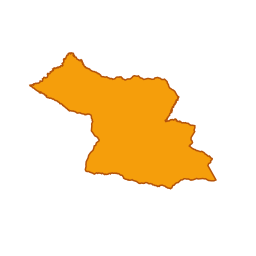 outline of Ribas do Rio Pardo, Mato Grosso do Sul, Brazil, rotated 138°
{"feature_id": "56859067B15535908000846", "entity_name": "Ribas do Rio Pardo", "entity_type": "district", "adm_level": 2, "iso_a3": "BRA", "parent_name": "Brazil", "parent_adm1": "Mato Grosso do Sul", "projection": "albers", "projection_center": [-53.536, -20.581], "detail": "fine", "context": "isolated", "style": "filled", "palette": "amber", "viewbox_px": 256, "rotation_deg": 138, "n_neighbors": 0, "source": "geoboundaries", "source_scale": "gbopen_adm2", "svg_char_len": 5878}
<svg xmlns="http://www.w3.org/2000/svg" viewBox="0 0 256 256"><g transform="rotate(138 128 128)"><path d="M135.6,54.2L133.1,55.3L131.8,54.6L129.9,55.0L128.4,54.7L127.3,53.9L123.5,54.0L122.1,53.0L120.3,52.8L119.1,51.6L118.5,50.7L117.2,49.7L116.1,47.0L115.4,46.9L114.7,46.1L110.7,44.5L110.0,43.2L106.2,40.4L105.2,39.0L104.4,38.5L103.3,35.2L101.3,32.9L99.5,31.3L97.4,30.6L93.8,46.6L91.9,47.6L90.1,47.1L89.3,47.3L88.5,48.4L86.7,48.3L85.9,49.0L86.6,50.9L86.3,51.3L86.3,52.7L86.8,52.9L87.4,53.8L87.5,55.8L88.1,57.1L87.9,57.7L88.0,59.0L88.8,61.3L90.0,61.9L91.9,65.3L92.3,65.5L92.6,67.2L93.5,68.3L93.4,68.7L93.8,69.5L94.5,73.6L93.4,73.6L93.3,73.9L91.0,73.7L89.8,74.0L89.0,75.8L89.1,77.0L87.5,78.7L80.8,80.7L80.4,82.2L78.1,83.5L76.8,85.0L78.6,87.3L79.5,87.9L80.1,90.1L80.0,90.7L80.2,91.3L81.4,92.4L81.6,93.4L82.5,93.8L83.0,94.7L83.7,95.0L84.7,96.2L84.6,97.2L85.2,98.0L84.9,98.3L85.1,98.6L85.8,98.4L86.2,99.4L86.9,99.8L87.0,100.3L86.7,100.7L87.1,101.1L86.5,101.8L86.6,102.6L87.2,102.8L87.0,103.1L87.3,103.3L88.8,103.4L89.5,104.8L90.1,104.9L90.7,105.6L93.0,105.8L93.6,106.8L94.5,106.8L95.2,107.3L95.1,107.8L95.6,107.8L95.4,108.6L95.0,108.8L94.1,108.4L93.1,108.8L93.2,108.5L92.9,108.4L92.0,109.1L91.3,109.1L90.5,109.6L88.5,109.6L88.1,110.3L87.1,110.8L86.4,110.5L85.3,111.2L85.0,110.7L84.7,111.1L84.8,112.0L83.8,112.2L83.8,111.7L83.4,111.8L83.6,111.4L83.1,111.7L83.3,112.5L82.7,112.4L82.3,112.9L82.3,113.2L81.4,113.4L80.7,113.1L80.4,113.1L80.5,113.8L78.9,113.7L78.5,114.5L77.8,114.5L77.3,114.1L76.8,114.8L75.4,114.6L75.2,114.8L75.7,115.2L75.4,115.5L74.6,115.2L74.0,116.1L73.3,116.4L72.9,115.8L72.7,116.0L72.1,115.5L71.5,116.4L71.1,116.4L71.0,116.7L70.7,116.6L70.2,116.9L70.2,117.2L69.7,117.0L69.5,117.3L69.8,117.5L69.7,119.8L68.7,123.9L69.0,126.0L69.6,127.1L69.9,129.0L70.3,129.8L69.8,131.8L68.9,133.3L68.7,135.2L68.2,135.6L67.9,136.5L68.2,139.9L69.1,140.2L70.5,141.5L70.9,143.8L71.5,144.3L72.1,145.7L74.6,147.2L75.9,146.9L76.4,147.2L77.8,148.3L78.2,149.2L80.0,151.5L83.8,153.5L84.3,155.6L85.3,157.0L85.4,159.8L86.6,160.3L88.4,162.7L90.0,163.1L91.0,162.8L93.6,163.0L95.6,164.8L97.8,165.4L98.2,165.9L98.3,166.6L99.2,168.3L98.8,168.9L99.1,169.7L98.9,170.5L99.1,170.7L100.0,171.6L100.7,171.6L101.2,172.5L102.7,173.5L104.8,173.4L106.8,174.4L106.7,175.0L107.4,176.2L107.7,176.1L108.5,176.8L108.5,177.5L109.3,178.9L109.5,180.2L111.0,181.1L112.1,182.8L113.0,183.5L113.3,184.4L113.0,185.6L113.3,187.8L113.8,188.2L113.6,188.5L114.3,190.1L114.3,190.8L114.8,191.1L115.2,192.4L116.3,193.6L116.7,194.7L117.2,196.2L117.1,197.3L117.4,197.6L117.3,198.3L117.9,198.8L118.3,200.1L118.9,200.4L118.7,202.0L118.8,202.3L119.1,202.1L119.2,202.4L118.9,204.4L118.5,204.8L118.9,205.5L118.1,206.1L117.9,207.1L118.2,207.2L118.0,208.0L117.4,208.2L117.1,209.2L117.5,209.4L117.1,209.5L117.2,210.2L118.2,210.3L119.1,210.8L119.2,211.2L118.9,211.4L119.8,213.4L119.2,215.3L120.0,216.3L119.7,216.8L119.9,217.3L119.5,217.6L119.8,218.0L120.3,218.0L120.2,218.6L119.7,219.1L119.2,218.8L118.7,220.1L119.9,221.8L120.8,221.4L121.2,221.6L121.2,221.9L120.8,221.9L120.8,222.4L121.4,222.9L122.4,223.2L123.1,223.1L123.3,222.5L123.6,222.4L124.5,222.6L124.8,222.9L128.2,221.2L128.9,221.6L128.8,222.0L129.6,222.3L129.9,222.1L129.7,221.7L130.0,221.3L130.9,221.0L131.2,220.3L132.0,219.8L133.8,220.0L134.3,218.3L135.2,218.0L135.9,219.1L136.6,219.2L137.4,218.7L138.2,219.6L139.3,219.4L139.6,220.3L140.5,220.5L140.8,220.2L141.6,221.0L142.6,221.0L142.6,222.0L143.0,222.1L143.6,221.9L144.5,222.2L144.7,221.0L145.1,220.7L146.0,221.3L147.3,220.9L147.8,221.6L148.2,221.7L149.5,220.7L150.7,221.3L150.8,222.0L151.3,222.3L152.2,221.6L152.3,220.7L154.1,219.7L155.8,220.4L155.9,221.2L156.7,221.9L157.7,221.4L158.7,221.7L159.1,220.9L160.3,220.1L161.0,220.5L161.8,221.7L163.1,220.9L164.8,221.3L165.6,222.2L166.4,222.4L166.8,223.1L168.1,223.4L168.3,223.8L168.7,223.9L169.1,223.2L169.5,223.1L169.8,223.9L170.4,224.3L171.1,224.2L171.5,225.0L172.3,225.4L172.5,224.7L171.7,222.9L171.9,221.9L171.1,220.1L171.2,219.2L170.8,217.3L170.3,215.6L169.8,214.8L170.2,213.7L169.8,212.8L168.9,213.3L168.6,212.9L169.0,212.2L168.1,210.8L168.1,210.2L167.5,209.2L167.8,208.4L166.9,206.7L167.7,206.3L167.8,205.6L167.6,204.6L166.8,203.9L166.5,202.8L165.7,202.2L165.0,201.1L164.7,199.9L164.0,199.4L163.7,197.3L162.7,196.0L162.6,195.1L162.4,194.9L162.5,194.1L161.9,193.1L162.3,191.6L162.1,191.3L161.4,190.9L161.1,189.3L161.4,188.4L160.8,187.8L161.1,186.9L160.8,186.2L160.6,184.0L160.2,183.3L160.5,182.2L159.9,181.3L160.2,181.0L160.1,179.9L159.1,179.3L158.3,178.1L157.2,177.1L157.0,176.3L156.3,175.6L155.8,173.1L153.4,171.3L153.3,170.6L152.6,169.3L151.4,167.9L151.1,166.6L150.5,166.2L150.1,166.3L149.6,165.6L148.9,165.6L148.1,164.8L147.4,164.0L146.9,162.3L147.3,161.3L148.3,160.1L148.7,159.4L148.8,158.2L149.5,157.7L149.9,156.4L152.3,155.3L153.4,153.8L157.1,150.4L157.3,148.0L157.9,144.4L157.1,142.5L156.9,141.1L157.3,140.0L157.3,138.8L158.0,137.9L161.5,138.1L163.7,136.7L165.1,137.3L166.9,135.9L169.0,134.8L172.1,134.8L175.5,134.0L177.6,132.5L181.6,130.9L183.8,128.9L184.8,127.6L187.5,125.7L188.1,124.4L187.6,123.1L186.2,121.8L186.0,120.9L184.5,118.2L183.9,116.3L181.2,115.6L180.9,114.5L179.9,114.3L178.3,112.2L178.3,111.8L177.4,111.7L176.4,108.9L175.8,109.0L175.0,107.8L173.6,107.0L172.8,107.0L171.8,106.3L171.7,105.7L171.2,105.9L169.8,105.1L169.4,104.3L167.8,103.1L167.2,102.1L166.6,102.0L166.2,100.8L165.4,100.3L165.1,98.0L164.2,97.1L164.0,96.3L164.5,93.8L164.8,93.6L164.2,91.8L163.1,90.4L163.1,89.8L162.2,89.3L162.3,88.6L160.6,87.2L159.5,86.9L159.3,85.7L157.5,82.7L156.8,79.5L156.1,78.7L154.7,78.0L153.7,76.6L152.7,75.9L151.6,75.8L150.5,74.7L150.1,74.0L150.1,73.2L149.5,72.3L148.6,71.8L147.5,70.0L147.7,69.3L146.7,68.1L146.6,67.4L145.3,66.1L145.3,64.9L144.6,64.8L144.0,63.7L143.7,63.6L143.4,64.0L142.8,64.0L140.8,62.7L140.1,61.1L139.4,60.1L139.3,58.6L138.8,58.1L138.8,57.1L137.4,55.4L137.0,54.4L136.1,54.5L135.6,54.2Z" fill="#f59e0b" stroke="#b45309" stroke-width="1.5"/></g></svg>